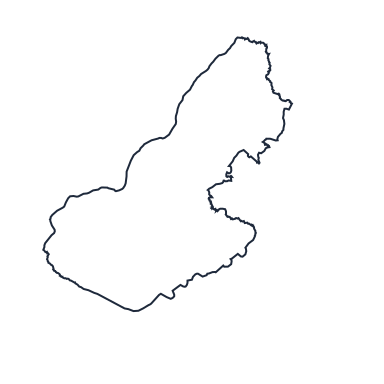 Wa West, Upper West, Ghana, rotated 47°
{"feature_id": "2480657B35206472883168", "entity_name": "Wa West", "entity_type": "district", "adm_level": 2, "iso_a3": "GHA", "parent_name": "Ghana", "parent_adm1": "Upper West", "projection": "robinson", "projection_center": [-2.68, 9.917], "detail": "fine", "context": "isolated", "style": "outline", "palette": "slate", "viewbox_px": 384, "rotation_deg": 47, "n_neighbors": 0, "source": "geoboundaries", "source_scale": "gbopen_adm2", "svg_char_len": 6006}
<svg xmlns="http://www.w3.org/2000/svg" viewBox="0 0 384 384"><g transform="rotate(47 192 192)"><path d="M268.8,180.0L267.3,176.2L266.8,175.9L266.6,175.0L265.8,174.3L265.5,173.2L264.5,173.0L263.7,172.2L261.2,171.6L260.0,170.6L258.7,170.8L258.3,170.2L258.0,170.4L257.5,170.2L257.4,170.5L256.6,170.7L256.7,171.1L256.3,171.0L256.2,171.5L254.1,171.8L253.6,172.6L252.2,172.4L250.7,174.6L248.6,173.9L248.1,175.1L247.1,175.5L246.8,176.0L246.5,175.7L245.8,176.2L242.8,175.8L242.6,176.7L241.5,177.2L240.9,178.0L241.1,178.5L239.8,180.9L239.1,181.3L239.0,180.9L238.5,180.8L238.3,181.4L238.1,181.1L237.2,181.6L235.9,181.4L234.7,182.7L234.5,182.3L233.2,182.9L231.4,182.6L231.3,182.1L229.3,180.3L227.2,179.5L225.1,181.0L223.5,182.8L223.1,183.6L223.4,186.5L222.3,186.7L222.3,187.2L221.7,186.3L220.9,187.0L220.2,186.5L219.9,187.2L220.2,187.5L219.0,187.9L218.0,187.6L217.9,188.3L217.4,187.7L217.2,188.0L217.1,187.3L216.7,187.5L216.9,186.9L216.4,186.7L216.1,186.9L215.2,186.3L213.8,186.3L213.6,185.9L213.3,186.1L213.1,185.5L212.4,185.1L212.1,185.3L211.7,184.6L210.5,185.1L209.5,184.7L209.4,184.3L208.3,184.4L207.8,183.6L208.2,182.4L209.6,180.9L207.9,180.7L206.9,181.1L205.5,181.1L204.0,179.6L201.8,178.8L201.3,179.0L201.3,177.2L202.3,173.8L202.7,169.2L205.0,166.0L206.1,163.8L206.0,162.5L205.2,161.1L205.5,160.7L206.8,160.4L208.1,158.9L208.5,157.4L210.6,155.7L208.2,153.8L207.5,153.7L207.6,152.9L208.1,152.5L207.3,152.4L206.8,152.5L206.5,154.1L205.2,154.8L205.1,155.9L204.5,156.2L204.0,156.2L202.4,154.8L201.5,152.9L203.4,152.4L204.0,151.5L204.0,150.1L203.2,148.7L200.8,146.7L199.7,146.4L198.7,146.7L198.2,147.2L197.3,141.3L195.8,137.8L195.7,134.7L194.9,131.4L195.0,129.9L196.5,125.6L202.6,125.1L203.7,126.5L204.9,126.6L205.7,126.4L206.1,124.7L214.2,123.9L214.8,124.4L215.2,123.8L216.8,123.6L216.7,122.7L213.7,121.5L212.6,119.9L211.7,119.7L209.8,118.4L209.0,116.2L210.8,115.0L211.3,111.1L210.3,108.2L211.0,106.2L212.0,104.8L210.8,104.3L210.5,104.6L209.7,104.4L209.3,105.2L208.2,104.9L207.8,105.6L207.6,105.1L207.0,105.2L206.7,106.1L205.8,105.5L203.7,106.1L203.9,104.9L203.7,103.1L204.0,102.2L203.7,101.3L206.5,98.4L211.5,95.6L212.6,94.1L211.6,93.6L210.3,91.6L209.8,87.5L210.0,86.0L209.1,84.6L208.9,82.8L207.8,81.7L205.2,78.0L202.2,75.8L200.0,75.0L197.9,72.1L195.9,70.3L194.2,67.6L195.3,66.3L197.8,64.9L195.5,58.6L194.4,59.1L193.6,58.6L192.9,59.0L192.7,58.4L190.7,58.5L189.6,59.7L189.5,61.5L188.4,62.0L188.3,62.5L187.3,62.8L186.9,63.4L184.8,63.8L184.4,63.5L183.2,63.7L182.7,63.0L182.2,62.9L182.0,62.5L180.7,62.0L180.2,62.3L179.6,61.9L179.7,61.5L179.2,61.5L178.6,62.7L175.0,64.7L173.7,64.3L173.5,63.0L171.5,63.3L170.3,61.8L167.8,61.0L167.2,60.1L166.2,59.4L164.8,59.8L164.2,59.2L162.2,59.5L161.8,59.0L160.9,59.3L160.6,60.1L159.8,59.5L158.9,59.8L157.8,58.8L157.3,57.9L157.8,56.1L157.3,54.6L156.7,54.1L156.4,54.4L155.8,54.2L155.9,53.5L156.5,53.0L156.2,52.4L156.3,51.7L155.3,50.9L154.3,51.3L154.1,50.0L153.3,48.5L151.3,48.3L150.5,47.1L149.8,47.2L149.3,46.7L147.9,46.4L147.0,45.4L145.9,45.4L144.3,43.5L143.6,41.6L143.2,42.3L142.6,42.2L142.3,42.6L140.8,42.2L140.6,42.5L139.7,42.3L139.7,41.9L137.8,39.8L137.7,38.8L136.6,37.9L135.5,38.7L134.9,37.4L134.2,38.4L133.6,38.3L133.6,38.0L131.5,38.1L129.9,39.6L129.9,40.1L128.9,39.6L128.8,40.2L128.1,40.8L128.3,41.5L127.8,41.6L127.4,43.5L126.7,43.2L126.4,43.4L125.7,43.0L124.5,43.9L123.8,43.6L123.3,45.4L123.5,45.7L122.7,46.2L120.9,47.0L120.0,47.0L119.2,46.5L118.0,46.9L118.2,46.4L117.4,46.3L117.2,47.8L116.7,48.7L116.2,48.6L116.3,49.2L115.3,48.9L113.8,49.7L113.8,50.2L112.9,50.1L112.7,51.1L110.0,53.4L110.1,55.8L111.8,59.3L112.0,63.8L112.7,66.1L112.7,68.6L113.4,72.4L113.1,74.1L111.5,77.6L110.7,78.5L110.4,79.6L110.5,83.9L111.2,87.6L111.3,90.1L111.9,93.5L112.8,95.3L113.1,97.2L113.0,99.2L111.9,104.9L112.2,107.5L112.0,110.2L112.8,113.5L113.0,115.6L114.2,118.5L114.4,119.8L115.8,123.7L115.6,128.6L116.0,133.1L118.3,136.3L119.1,141.4L121.4,145.8L123.5,148.5L125.5,152.0L127.3,153.9L129.7,155.6L131.2,157.5L132.4,163.1L134.4,169.6L133.8,174.9L133.3,176.1L132.8,177.0L131.4,177.7L130.2,179.0L129.8,180.3L126.6,186.3L124.5,194.4L124.8,195.9L124.9,199.7L125.9,202.4L125.4,204.9L125.3,209.5L127.4,215.4L132.5,225.9L136.0,229.3L140.4,234.6L141.5,236.8L142.2,239.6L142.2,240.9L141.1,244.2L139.5,247.1L138.8,247.4L137.2,247.3L132.2,250.6L131.1,250.9L127.2,254.8L126.6,256.1L126.3,258.9L123.4,263.2L122.3,267.9L121.5,269.7L119.3,272.6L117.7,278.2L116.8,279.5L114.1,281.4L112.0,284.1L112.1,286.8L113.6,291.3L115.5,295.4L115.3,297.3L113.7,303.4L113.5,309.9L114.0,312.5L114.9,313.5L115.2,314.6L115.7,314.6L116.6,315.4L120.9,317.3L125.9,318.2L127.2,319.2L128.0,320.9L127.8,324.2L129.3,334.3L130.3,336.3L131.6,337.5L132.9,340.2L134.0,339.9L135.5,340.2L136.4,339.9L136.7,339.2L136.9,339.4L137.3,339.1L137.9,339.6L138.1,339.1L139.8,339.2L140.4,341.6L141.2,341.8L142.3,343.9L143.5,344.1L144.4,344.8L145.1,344.7L145.8,345.3L147.4,344.7L149.5,344.7L150.0,344.3L151.5,344.4L153.5,345.5L153.8,346.2L154.4,346.0L154.8,346.5L155.6,346.6L156.5,345.9L157.8,346.2L158.2,345.9L158.9,346.0L160.0,345.2L161.9,344.9L162.4,345.0L163.0,345.7L163.3,345.4L164.1,345.6L164.4,345.1L165.1,345.2L165.6,344.6L165.9,344.9L166.9,344.7L168.1,344.2L168.9,343.2L170.1,342.9L170.6,342.0L171.4,341.5L173.3,341.6L174.3,340.9L178.1,339.7L178.4,339.2L179.3,339.6L181.7,338.9L184.2,339.0L186.0,338.0L189.0,337.4L193.2,334.7L199.1,332.3L202.0,330.7L231.2,320.7L234.3,318.4L239.2,316.0L242.3,312.2L243.8,307.1L245.1,300.8L245.5,299.9L245.8,298.1L244.8,286.3L245.2,284.2L251.6,282.2L255.6,280.4L256.1,279.0L256.3,277.6L256.1,276.1L254.9,275.0L251.0,273.5L252.1,263.8L255.0,262.9L256.4,261.9L256.8,261.1L256.5,259.3L255.5,257.4L253.7,255.7L256.1,251.9L254.7,249.1L254.5,245.7L255.1,244.1L255.9,243.3L261.1,241.9L262.8,238.1L262.2,236.5L263.1,235.3L264.6,231.6L266.3,229.6L266.9,229.4L267.1,219.3L268.6,219.4L271.1,216.6L271.5,212.6L269.8,210.4L268.8,209.6L267.4,209.5L267.9,208.2L268.5,200.7L272.5,200.2L273.8,199.1L274.0,195.5L272.3,192.7L270.2,191.2L269.2,191.0L268.2,185.7L268.8,180.0Z" fill="none" stroke="#1e293b" stroke-width="2"/></g></svg>